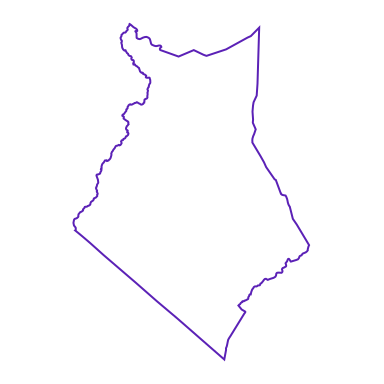 outline of Massangena, Gaza, Mozambique, rotated 271°
{"feature_id": "85939544B81330952052148", "entity_name": "Massangena", "entity_type": "district", "adm_level": 2, "iso_a3": "MOZ", "parent_name": "Mozambique", "parent_adm1": "Gaza", "projection": "robinson", "projection_center": [32.695, -21.744], "detail": "fine", "context": "isolated", "style": "outline", "palette": "violet", "viewbox_px": 384, "rotation_deg": 271, "n_neighbors": 0, "source": "geoboundaries", "source_scale": "gbopen_adm2", "svg_char_len": 6044}
<svg xmlns="http://www.w3.org/2000/svg" viewBox="0 0 384 384"><g transform="rotate(271 192 192)"><path d="M140.9,310.0L161.3,297.3L166.9,293.3L179.1,290.0L179.4,289.7L181.1,288.7L183.2,288.0L184.7,287.7L186.7,287.2L188.9,286.3L190.1,285.6L190.6,282.6L191.0,281.7L191.3,281.4L191.9,281.2L191.9,280.9L205.5,275.6L206.1,274.4L218.2,265.7L222.9,263.5L229.2,259.8L242.5,251.5L243.6,251.5L244.8,251.4L246.4,251.5L248.9,252.2L251.0,253.1L255.8,254.6L262.1,251.7L262.7,251.6L265.4,251.8L273.4,251.1L279.4,251.5L282.8,252.0L289.5,255.0L301.4,255.6L357.5,256.3L348.9,248.1L347.4,244.9L335.2,223.6L328.5,204.5L328.4,204.0L329.4,201.1L333.9,191.3L327.2,176.2L333.4,157.8L334.2,157.4L334.8,157.4L335.5,157.8L336.5,158.8L337.4,158.4L337.8,157.9L337.9,156.9L337.8,156.0L337.3,154.2L337.3,152.7L337.8,151.1L338.6,149.3L339.3,148.7L339.9,148.4L340.8,148.2L343.6,147.4L344.6,146.9L345.4,146.0L346.1,144.4L346.3,143.5L346.0,141.8L345.4,140.1L344.5,138.5L344.0,137.3L344.0,136.7L344.1,136.1L344.3,135.3L344.8,134.5L345.0,134.1L345.6,133.9L349.4,133.8L350.6,133.4L351.3,132.8L351.7,132.6L351.9,132.7L351.9,132.8L351.8,134.0L352.1,134.4L352.7,134.4L353.4,134.1L354.2,133.4L355.8,130.6L357.8,128.3L358.9,126.7L358.7,126.5L358.2,126.5L357.7,126.7L357.2,126.4L355.9,125.1L354.9,124.5L354.3,124.5L353.5,124.9L352.6,124.6L351.9,123.7L350.8,123.1L350.3,122.6L350.2,122.3L350.2,121.3L350.0,120.9L349.3,120.1L348.4,119.4L347.9,118.8L346.5,118.7L345.0,117.9L344.1,118.0L342.7,118.6L342.4,119.0L342.0,119.2L340.8,119.2L340.4,118.8L340.0,118.7L337.8,119.4L335.6,119.6L334.5,120.0L333.2,120.8L332.2,122.0L332.2,122.3L332.6,122.8L332.5,123.1L331.9,123.3L329.9,124.5L329.1,125.6L328.0,126.0L327.4,126.6L327.0,127.2L326.7,128.6L326.4,128.9L325.3,129.4L324.5,129.0L323.6,129.2L323.2,129.5L322.9,130.1L322.8,131.0L322.5,131.3L322.0,131.5L320.6,131.6L320.3,131.5L320.0,131.1L319.7,131.0L319.1,131.0L318.4,131.3L318.4,131.7L318.7,132.1L318.6,132.6L318.3,132.9L317.6,133.2L317.3,133.6L316.7,134.8L315.9,135.6L315.1,136.8L311.6,138.0L311.2,138.4L310.4,139.3L310.3,139.6L310.5,139.9L310.4,140.5L310.1,140.9L309.1,141.2L309.0,141.5L308.7,142.6L307.6,144.1L307.4,144.2L306.1,143.8L305.8,144.0L305.6,144.2L305.4,145.2L305.6,147.2L305.4,147.6L303.2,148.3L300.8,148.4L300.2,148.3L299.6,148.0L299.0,147.4L298.5,147.3L297.0,146.9L296.4,147.0L295.6,146.4L294.1,145.7L293.6,145.7L292.8,146.2L292.4,146.2L291.6,146.0L291.2,146.0L290.5,145.7L290.1,145.7L289.6,145.9L288.6,145.9L287.0,145.6L286.2,145.8L285.8,145.8L285.1,145.5L284.5,144.9L284.4,144.2L283.7,143.1L283.1,142.8L282.0,142.9L281.6,142.7L280.5,142.7L280.2,142.1L279.9,141.9L279.3,141.7L278.5,140.3L278.5,139.6L278.6,139.3L279.3,138.3L279.8,137.1L280.5,136.0L280.8,135.3L280.7,135.0L280.1,134.2L280.0,133.1L279.3,132.2L279.1,131.7L278.4,130.5L278.2,129.4L278.6,129.0L278.6,128.7L278.3,127.9L277.5,127.0L276.7,126.7L275.9,126.1L274.6,126.1L274.3,125.8L273.9,125.6L273.6,125.1L273.4,124.9L272.0,124.9L270.3,123.6L268.9,122.7L268.2,121.5L267.7,121.1L267.4,121.0L266.9,121.1L266.3,122.3L265.8,122.6L264.6,122.3L264.2,122.4L262.8,124.3L261.9,125.7L261.6,126.4L261.1,126.9L260.6,127.2L260.0,127.0L258.6,127.4L258.1,126.9L257.5,126.6L256.7,125.7L254.7,124.9L253.8,125.0L253.2,125.3L252.9,125.8L252.3,126.6L251.9,126.7L251.2,126.2L250.7,126.1L250.4,126.3L250.1,127.1L249.5,127.4L248.7,127.3L248.0,127.1L246.6,125.7L246.5,125.1L246.3,124.9L245.3,124.6L244.8,124.3L244.2,123.6L243.9,122.6L242.8,122.1L242.6,121.9L242.4,120.8L241.3,120.2L239.9,120.7L239.4,120.7L238.2,120.0L237.7,119.5L237.4,118.8L237.7,118.4L237.8,117.9L237.1,116.8L236.8,115.4L236.4,114.9L234.3,113.8L233.0,112.7L231.6,112.0L230.6,111.2L228.9,110.6L228.3,110.8L227.1,110.7L224.6,110.0L223.3,109.2L222.9,108.6L222.2,108.1L221.6,107.0L221.5,106.4L222.2,106.0L222.0,105.3L222.1,104.7L222.0,104.4L219.9,103.2L219.2,102.4L218.1,101.7L216.0,101.1L214.7,101.2L214.3,101.2L213.9,100.7L213.7,100.7L213.3,101.1L213.2,101.1L212.9,100.7L212.5,101.0L211.9,101.0L210.6,100.4L210.1,100.0L208.9,99.8L208.3,98.8L207.9,97.8L207.9,97.1L207.7,96.6L207.3,96.3L207.1,96.2L206.1,96.4L202.7,97.7L199.9,98.1L199.4,98.0L197.8,97.0L196.1,96.7L195.7,96.4L195.0,96.3L194.3,95.9L192.6,96.5L191.9,97.0L191.3,97.1L190.7,96.8L190.4,96.9L188.9,97.7L188.1,97.6L187.6,97.2L186.7,97.3L186.3,97.3L184.8,96.0L183.9,94.1L183.6,93.9L182.9,93.9L182.5,93.6L181.9,93.4L180.4,91.3L179.2,90.7L177.7,90.5L177.4,90.3L177.0,89.6L176.5,89.1L176.2,88.0L175.6,87.3L175.4,86.8L175.4,85.9L175.2,85.1L174.9,84.9L174.2,84.7L172.8,83.4L172.5,83.3L171.8,83.4L171.4,83.2L170.3,81.7L169.9,80.6L167.7,78.9L165.9,78.7L165.5,78.8L164.9,78.5L164.0,77.5L163.6,76.8L163.1,75.3L162.5,74.7L161.9,74.5L159.1,74.0L158.6,74.1L156.4,74.6L154.9,75.9L154.0,76.4L151.8,76.4L151.5,75.9L146.5,82.2L139.0,91.3L127.4,104.7L100.3,137.4L82.1,158.9L65.9,178.8L25.1,227.2L34.7,228.8L36.4,228.7L38.1,229.4L40.4,229.9L43.7,230.5L45.0,230.8L47.0,231.9L48.2,232.7L71.5,246.5L72.5,247.3L73.1,247.4L73.3,247.3L73.6,246.9L75.2,244.0L75.5,243.6L79.3,240.4L80.3,241.3L80.6,242.0L81.9,242.7L82.5,243.5L82.8,244.2L83.0,244.3L83.4,244.2L83.6,244.5L83.8,244.9L83.7,245.7L83.8,246.0L84.3,246.4L84.4,247.1L85.8,249.7L86.1,250.0L86.4,250.1L87.4,250.1L87.9,250.2L88.7,250.8L90.2,251.2L90.6,251.6L90.6,252.5L93.1,253.0L95.4,253.8L95.9,254.1L96.8,254.9L97.6,255.2L98.3,255.8L98.7,256.6L98.7,258.1L98.8,258.4L99.1,258.9L99.7,259.5L99.8,260.7L100.0,261.4L100.3,261.6L101.6,262.0L102.0,262.9L104.1,264.6L105.5,265.5L106.3,266.4L106.5,267.4L106.0,268.4L105.5,269.0L105.5,269.4L106.4,271.4L107.6,275.1L108.7,276.8L110.0,277.5L111.8,277.7L112.4,278.1L112.7,278.5L112.9,279.6L112.8,282.9L113.2,283.4L113.9,283.8L114.8,283.8L116.3,283.3L117.0,283.6L117.5,284.0L118.3,285.8L118.9,286.7L119.2,287.2L119.6,287.4L120.5,287.4L122.4,286.8L124.4,288.3L125.3,288.6L126.5,289.1L126.8,289.5L126.8,290.1L126.0,290.8L124.4,291.8L124.2,291.9L124.2,292.3L125.8,297.3L126.6,299.2L127.9,300.1L129.4,300.6L129.7,300.8L130.0,301.2L130.6,302.6L131.6,303.2L132.4,303.9L133.6,306.7L134.4,307.7L134.9,308.2L135.8,308.8L136.7,308.7L139.5,309.4L140.9,310.0Z" fill="none" stroke="#5b21b6" stroke-width="2"/></g></svg>